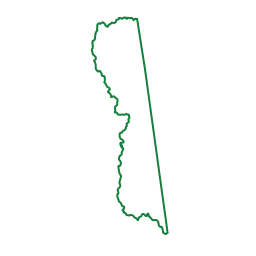 Sítio Novo, Maranhão, Brazil (Equal Earth projection), rotated 352°
{"feature_id": "56859067B7147994817031", "entity_name": "Sítio Novo", "entity_type": "district", "adm_level": 2, "iso_a3": "BRA", "parent_name": "Brazil", "parent_adm1": "Maranhão", "projection": "equal_earth", "projection_center": [-46.672, -6.275], "detail": "fine", "context": "isolated", "style": "outline", "palette": "green", "viewbox_px": 256, "rotation_deg": 352, "n_neighbors": 0, "source": "geoboundaries", "source_scale": "gbopen_adm2", "svg_char_len": 5538}
<svg xmlns="http://www.w3.org/2000/svg" viewBox="0 0 256 256"><g transform="rotate(352 128 128)"><path d="M104.7,51.4L105.1,52.2L105.4,52.7L105.8,53.3L105.9,54.1L105.8,54.8L105.4,55.6L104.8,56.0L104.0,56.3L103.8,57.0L104.3,57.9L104.5,58.7L104.8,60.1L104.8,61.1L104.7,61.9L104.6,62.5L104.4,63.6L104.5,64.6L104.4,65.4L104.9,65.9L105.4,67.1L106.2,67.9L106.7,68.0L107.3,67.6L107.8,67.5L108.2,67.7L108.6,68.4L108.9,69.1L109.1,69.8L109.5,70.6L109.4,71.4L109.4,72.3L109.9,72.9L110.5,73.1L111.3,73.2L111.7,73.6L112.0,74.1L112.0,75.0L111.9,75.7L111.8,76.4L111.8,77.4L111.5,78.5L111.0,79.0L111.0,79.6L111.6,80.4L112.0,81.4L112.4,82.2L112.6,82.7L112.6,83.4L112.9,84.0L113.5,84.5L113.8,84.9L114.3,85.2L114.7,85.5L115.2,86.0L115.4,86.8L115.3,87.4L114.3,88.1L113.5,88.9L113.3,89.6L113.6,90.1L114.2,90.4L114.6,90.9L114.9,91.5L115.4,92.4L115.7,93.1L115.7,93.8L115.6,94.4L115.7,95.0L116.3,95.0L117.8,94.6L118.3,94.6L118.8,95.1L119.9,96.4L120.3,96.8L121.2,97.7L121.5,98.3L121.5,99.3L121.0,100.9L120.8,101.7L120.6,103.1L120.2,103.9L119.6,104.4L119.1,104.5L118.5,104.9L118.1,105.4L118.0,106.6L117.8,108.1L117.7,109.2L117.4,109.9L117.2,110.7L118.1,110.7L118.6,111.0L119.1,111.5L119.4,112.0L119.6,112.7L119.9,113.2L120.4,113.5L121.1,113.5L122.1,113.7L122.8,113.9L123.7,113.9L124.2,113.8L124.7,113.9L125.2,114.2L125.8,114.3L126.6,114.4L127.4,114.2L128.0,113.8L128.7,114.2L129.3,114.6L130.2,114.7L130.7,115.2L130.6,115.9L130.6,116.6L131.0,117.6L130.8,118.2L130.4,118.5L130.0,119.1L129.6,119.5L129.5,120.0L129.8,121.1L129.6,121.8L129.3,122.4L128.8,122.6L128.3,123.0L127.4,123.4L127.1,123.8L127.2,124.5L127.2,125.3L127.0,125.9L126.6,126.2L126.1,126.6L125.9,127.3L125.8,128.2L125.0,128.9L124.5,129.4L124.0,129.8L122.8,130.0L122.3,130.3L122.0,131.0L121.4,131.7L120.5,131.7L119.9,131.7L119.1,132.3L118.8,133.0L118.8,133.6L118.7,134.2L118.5,135.2L118.7,136.3L118.9,136.9L119.0,137.4L119.4,137.8L120.3,138.4L120.8,139.0L121.3,139.6L121.6,140.3L121.7,141.1L121.5,141.6L120.7,141.8L120.0,141.8L119.4,141.7L118.8,141.5L118.4,141.8L118.3,142.7L118.2,143.4L118.3,144.1L119.3,144.1L119.6,144.5L119.4,145.3L118.8,145.8L119.1,146.5L120.0,147.1L120.3,147.4L120.4,148.1L119.9,148.8L119.6,149.3L119.3,149.9L118.8,150.5L118.3,151.5L118.2,152.8L117.9,153.4L117.4,153.7L116.8,154.1L116.1,154.3L115.5,155.5L114.9,156.6L114.8,157.4L114.9,158.3L115.4,159.2L116.0,160.3L116.1,161.2L116.0,162.1L115.5,163.3L115.3,163.9L114.8,164.2L114.3,164.4L113.4,164.3L113.1,165.0L113.1,165.9L113.0,166.8L113.0,167.8L113.1,168.7L113.2,169.3L113.2,171.0L113.3,171.7L113.7,172.9L114.2,173.8L114.5,174.7L114.2,175.5L113.7,176.3L113.2,177.7L112.9,178.7L112.4,179.4L112.1,180.3L112.0,180.9L112.0,181.7L112.3,182.7L112.4,183.6L112.1,184.6L111.8,185.1L111.3,185.7L110.6,186.2L109.5,187.1L109.2,187.9L109.2,188.9L109.4,190.3L109.4,191.2L109.1,191.6L108.4,191.9L108.1,192.9L107.9,193.9L108.0,194.8L108.1,195.5L108.4,196.4L108.4,197.1L108.6,197.9L108.7,198.9L108.9,199.6L109.5,200.2L110.0,200.6L110.3,201.0L110.5,201.6L110.7,202.2L110.9,202.8L111.1,203.6L111.6,204.7L113.0,205.2L113.3,205.9L113.1,206.7L112.8,207.2L112.5,207.6L111.8,208.0L111.2,208.5L111.3,209.2L112.2,209.9L112.4,210.4L112.1,211.1L113.6,212.0L114.0,212.6L114.2,213.4L114.6,214.0L115.0,214.2L115.9,214.3L116.3,214.5L117.0,214.9L118.1,214.5L118.8,214.4L119.9,214.9L120.4,215.2L121.0,215.7L121.3,216.4L121.8,217.2L122.6,217.9L123.8,218.8L124.2,219.3L124.7,220.4L125.2,220.4L126.0,218.9L126.3,218.3L126.8,217.9L127.3,217.7L127.8,217.6L128.6,217.3L129.1,217.0L129.8,215.7L130.3,215.3L130.8,215.2L131.4,215.4L132.2,215.9L132.6,216.7L133.2,217.5L133.7,217.7L134.4,217.4L135.0,216.0L135.6,215.6L136.2,215.8L136.3,216.9L136.2,218.3L137.0,218.7L137.9,220.3L138.3,220.7L139.2,222.2L139.7,222.7L140.4,222.6L140.9,222.8L141.5,223.1L142.9,223.0L143.3,223.1L143.9,223.5L144.3,224.3L144.9,225.1L144.9,226.5L145.0,228.8L145.5,229.5L145.8,230.1L146.3,230.4L146.9,230.4L147.5,230.6L147.8,231.6L148.1,232.4L148.2,233.3L148.3,236.6L149.0,237.1L149.5,237.5L150.0,238.0L150.4,238.2L151.1,238.2L151.8,237.5L152.6,237.3L152.7,224.6L152.7,203.7L152.7,198.8L152.9,129.4L152.9,120.2L153.0,76.7L153.0,72.1L153.0,70.6L152.8,58.6L152.6,48.2L152.3,25.8L152.3,24.5L152.2,22.3L152.2,21.3L151.4,21.4L150.6,21.0L150.0,20.8L149.6,21.0L149.1,21.6L148.5,21.9L148.1,21.2L147.4,19.9L146.9,19.6L146.3,19.4L145.6,19.7L145.0,19.4L144.2,19.2L143.4,18.8L142.9,18.8L142.5,19.2L142.2,19.6L141.8,19.6L141.3,19.0L141.1,18.4L140.3,18.1L139.8,18.1L139.2,18.3L138.6,18.2L138.1,18.8L137.7,18.9L137.1,18.9L136.6,18.5L136.1,18.4L135.6,18.0L135.1,18.1L134.7,17.8L134.3,17.8L134.3,18.6L133.6,19.1L133.2,19.2L132.5,19.2L132.0,19.2L131.4,19.5L131.1,20.1L130.8,21.1L130.3,21.6L129.6,21.7L129.0,22.2L128.2,22.2L127.6,21.7L126.9,21.3L126.3,21.5L125.8,22.2L125.2,22.5L124.7,22.5L124.2,22.9L123.7,23.2L123.2,23.7L122.6,23.7L122.4,24.3L121.8,24.9L121.3,24.5L120.7,24.1L120.0,23.5L120.0,22.8L119.7,22.2L119.3,21.5L118.7,20.8L118.5,20.3L118.0,19.9L117.2,20.1L116.6,20.0L116.1,20.5L115.6,20.8L115.0,21.0L114.5,20.5L114.0,20.3L113.5,20.4L113.1,20.7L112.6,20.8L112.1,21.5L111.7,22.2L111.8,22.8L111.7,23.5L111.5,24.4L111.2,25.1L111.0,25.9L111.3,26.9L111.0,27.5L110.4,27.8L109.9,28.4L109.7,28.9L109.2,29.4L108.8,30.0L108.9,30.9L108.5,31.7L108.2,32.5L108.1,33.2L107.9,34.2L107.8,35.0L107.2,35.7L106.9,36.3L106.2,36.5L105.6,36.9L105.1,37.0L104.9,37.7L104.9,38.5L104.5,38.8L104.4,39.4L104.6,40.1L104.8,40.9L104.7,41.5L104.4,42.1L104.3,43.2L104.2,43.9L103.6,44.6L103.2,45.2L103.0,46.0L103.0,46.7L103.3,47.5L103.4,48.6L103.3,49.6L103.5,50.3L104.0,50.7L104.7,51.4Z" fill="none" stroke="#15803d" stroke-width="2"/></g></svg>